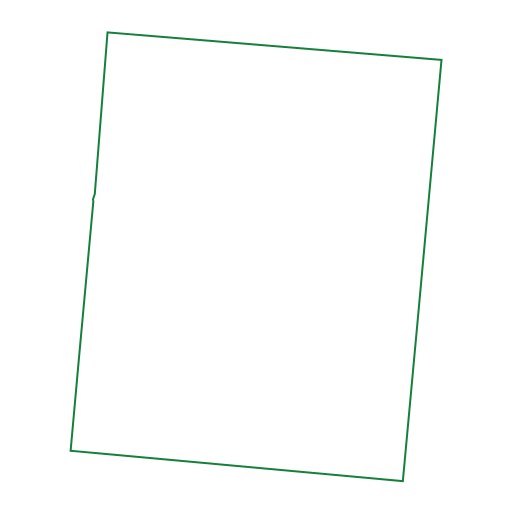 outline of Fayette, Iowa, United States of America, rotated 185°
{"feature_id": "52423323B37143192465063", "entity_name": "Fayette", "entity_type": "district", "adm_level": 2, "iso_a3": "USA", "parent_name": "United States of America", "parent_adm1": "Iowa", "projection": "albers", "projection_center": [-91.797, 42.862], "detail": "fine", "context": "isolated", "style": "outline", "palette": "green", "viewbox_px": 512, "rotation_deg": 185, "n_neighbors": 0, "source": "geoboundaries", "source_scale": "gbopen_adm2", "svg_char_len": 280}
<svg xmlns="http://www.w3.org/2000/svg" viewBox="0 0 512 512"><g transform="rotate(185 256 256)"><path d="M89.3,213.2L88.3,467.5L423.4,465.8L422.0,303.8L423.3,298.3L422.8,296.0L423.5,130.7L423.7,45.8L90.1,44.5L89.3,213.2Z" fill="none" stroke="#15803d" stroke-width="2"/></g></svg>